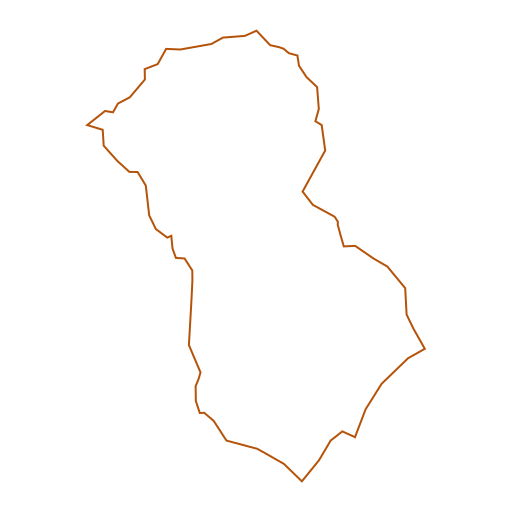 Arroyo, Puerto Rico (Robinson projection)
{"feature_id": "32010507B29338824934020", "entity_name": "Arroyo", "entity_type": "district", "adm_level": 2, "iso_a3": "PRI", "parent_name": "Puerto Rico", "parent_adm1": "", "projection": "robinson", "projection_center": [-66.058, 17.997], "detail": "fine", "context": "isolated", "style": "outline", "palette": "amber", "viewbox_px": 512, "rotation_deg": 0, "n_neighbors": 0, "source": "geoboundaries", "source_scale": "gbopen_adm2", "svg_char_len": 1320}
<svg xmlns="http://www.w3.org/2000/svg" viewBox="0 0 512 512"><path d="M199.8,413.0L204.2,412.8L209.4,417.2L213.7,420.9L216.7,425.5L219.3,429.5L224.0,436.8L224.1,437.0L226.0,439.8L226.5,440.6L249.0,446.6L251.7,447.3L257.3,448.8L260.8,450.8L262.2,451.6L262.5,451.7L283.9,463.9L293.6,473.3L300.0,479.5L301.9,481.3L315.8,464.2L318.9,460.4L321.0,456.9L330.6,440.6L341.7,431.9L342.3,431.4L353.6,436.5L355.0,437.2L356.3,433.7L365.6,409.3L379.9,386.5L381.6,383.8L408.1,358.2L424.8,348.8L413.4,328.6L406.6,314.6L405.2,288.1L394.4,275.1L387.4,266.6L373.2,258.3L355.2,245.9L343.8,246.4L340.5,235.0L337.7,224.6L337.9,221.8L334.6,216.7L312.9,204.9L302.6,191.6L308.3,181.2L323.6,153.4L325.2,150.6L321.7,125.1L315.4,121.2L318.8,109.0L317.1,87.1L306.5,77.1L299.0,65.7L297.4,55.5L288.9,53.2L283.5,48.7L278.9,47.1L270.2,45.2L256.5,30.7L244.8,35.9L222.9,37.6L211.3,44.0L180.3,49.5L166.1,48.9L157.7,64.1L144.7,69.1L144.9,79.5L129.8,97.3L118.0,103.5L113.0,112.3L105.0,111.0L87.2,125.1L102.7,129.8L103.7,145.7L117.4,161.0L129.4,171.9L137.6,172.0L145.8,185.6L149.2,215.4L155.9,229.1L167.3,237.6L171.3,235.8L172.5,248.5L175.9,257.9L184.6,258.5L192.3,270.5L192.4,280.2L192.2,284.9L191.9,291.3L191.2,304.9L188.9,345.1L200.5,372.4L198.6,378.9L195.6,386.3L195.8,397.7L195.8,400.9L199.8,413.0Z" fill="none" stroke="#b45309" stroke-width="2"/></svg>